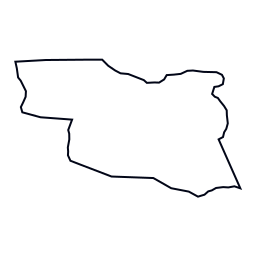 outline of Lagoa, Paraíba, Brazil, rotated 177°
{"feature_id": "56859067B59485240608457", "entity_name": "Lagoa", "entity_type": "district", "adm_level": 2, "iso_a3": "BRA", "parent_name": "Brazil", "parent_adm1": "Paraíba", "projection": "robinson", "projection_center": [-37.9, -6.583], "detail": "fine", "context": "isolated", "style": "outline", "palette": "ink", "viewbox_px": 256, "rotation_deg": 177, "n_neighbors": 0, "source": "geoboundaries", "source_scale": "gbopen_adm2", "svg_char_len": 961}
<svg xmlns="http://www.w3.org/2000/svg" viewBox="0 0 256 256"><g transform="rotate(177 128 128)"><path d="M19.0,61.9L28.1,85.7L38.1,111.9L33.6,114.0L32.2,118.7L29.9,122.0L28.1,127.4L28.6,135.5L28.5,140.5L30.9,144.9L34.6,150.0L36.7,153.3L39.7,154.7L42.2,157.6L39.6,164.5L35.4,164.9L31.0,166.8L29.7,172.5L31.4,176.2L36.7,179.1L49.8,180.1L60.1,182.0L65.8,182.0L72.5,179.3L79.4,178.9L86.6,178.8L89.4,174.6L94.6,171.7L99.2,172.1L106.8,172.1L109.7,175.0L125.0,181.9L132.6,183.0L137.8,186.1L144.5,191.2L150.2,197.6L168.0,198.5L206.5,200.2L237.0,200.1L235.9,193.4L235.1,184.2L232.7,180.9L230.3,175.4L228.0,170.1L228.6,164.5L231.3,159.2L233.9,154.5L232.7,149.2L214.8,143.3L183.4,139.3L187.8,129.1L187.0,125.4L187.2,119.7L189.1,111.7L189.0,107.6L189.4,103.9L187.2,98.3L177.4,93.9L147.0,80.4L105.3,76.7L88.0,65.6L70.6,61.3L61.7,55.8L55.1,57.4L51.2,60.5L47.6,61.3L43.2,63.5L36.0,64.0L30.9,63.4L24.8,64.2L19.0,61.9Z" fill="none" stroke="#020617" stroke-width="2"/></g></svg>